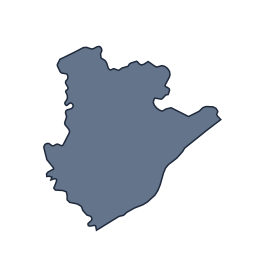 an SVG outline of Barcelona, rotated 344°
{"feature_id": "ESP-5809", "entity_name": "Barcelona", "entity_type": "Autonomous Community", "adm_level": 1, "iso_a3": "ESP", "parent_name": "Spain", "parent_adm1": "", "projection": "robinson", "projection_center": [1.935, 41.755], "detail": "fine", "context": "isolated", "style": "filled", "palette": "slate", "viewbox_px": 256, "rotation_deg": 344, "n_neighbors": 0, "source": "natural_earth", "source_scale": "10m", "svg_char_len": 2371}
<svg xmlns="http://www.w3.org/2000/svg" viewBox="0 0 256 256"><g transform="rotate(344 128 128)"><path d="M219.5,145.5L203.1,151.9L176.8,163.0L174.1,165.6L166.6,170.4L157.0,174.2L153.1,176.8L149.6,181.2L143.3,191.4L139.6,196.2L135.4,199.9L126.2,204.5L120.9,205.9L112.1,206.7L103.3,208.8L100.7,210.3L99.4,210.7L94.9,210.5L69.5,217.6L69.9,213.5L69.5,212.7L68.6,212.3L64.3,211.8L62.9,210.9L63.0,209.2L63.6,208.6L67.0,207.0L67.9,206.1L68.3,204.9L68.1,203.4L67.4,202.3L64.5,200.3L61.9,195.0L61.6,191.2L61.1,189.9L58.1,186.9L51.4,183.4L49.7,180.3L50.9,175.9L51.1,172.4L48.0,170.1L41.0,167.6L40.1,165.3L44.0,160.3L45.2,158.0L44.5,156.9L42.8,156.5L39.5,156.7L41.3,154.2L39.0,152.7L36.5,152.2L37.1,149.6L39.1,148.2L45.2,146.9L45.4,145.8L41.3,136.1L41.7,123.7L42.1,122.6L43.2,121.3L44.7,120.6L46.3,120.6L47.7,121.1L50.1,124.1L51.2,124.6L54.8,123.9L56.0,124.1L59.1,126.7L60.4,126.7L61.3,126.0L70.4,116.3L70.9,114.8L70.8,113.1L68.4,107.5L68.5,105.6L72.1,100.3L72.1,96.3L72.5,95.2L73.4,94.1L74.6,93.8L78.7,93.8L80.1,93.2L81.1,92.2L81.5,91.0L81.3,89.7L80.4,88.5L79.5,88.1L78.7,88.1L75.5,89.4L74.8,89.2L74.3,88.5L74.0,87.2L74.4,86.1L77.2,83.7L78.0,82.4L78.5,80.8L78.6,79.2L78.1,76.4L78.2,75.6L78.7,74.9L80.4,74.4L81.1,73.8L81.5,72.4L80.4,68.2L80.4,67.6L80.5,66.9L81.1,65.8L81.6,65.4L83.1,64.6L83.8,63.6L84.3,62.3L84.4,60.8L84.1,59.5L83.6,58.9L79.6,57.0L78.9,56.3L78.3,55.2L77.3,49.4L77.3,48.3L77.7,47.3L81.5,43.2L98.0,40.3L107.2,38.4L110.3,39.0L114.9,42.1L116.7,42.2L120.4,41.4L122.2,41.5L123.0,41.8L123.6,42.3L124.0,43.0L124.3,44.0L124.4,45.6L123.9,46.9L122.1,49.0L121.4,52.9L121.6,53.5L124.3,56.5L124.9,57.7L125.4,59.5L125.5,64.7L126.0,66.2L126.8,67.2L127.9,67.4L130.1,67.0L131.0,67.2L134.4,69.8L135.1,70.0L138.9,68.7L144.8,68.7L145.4,68.4L146.8,67.0L148.3,66.4L154.6,66.2L155.4,67.0L156.4,69.4L158.2,71.1L160.7,71.1L165.7,69.7L170.9,76.1L172.7,77.4L177.8,77.4L180.3,78.9L182.4,81.6L183.5,84.9L183.1,88.2L181.8,90.5L175.4,97.1L175.3,98.0L175.9,98.9L177.0,99.8L178.4,101.6L178.3,103.3L175.8,106.9L173.4,106.7L169.4,109.1L168.0,109.5L162.1,106.7L161.4,107.1L160.5,108.2L159.3,110.6L159.6,113.5L161.1,116.8L163.3,119.6L165.4,121.1L166.5,121.1L169.6,120.2L175.0,120.4L189.4,133.7L201.1,131.5L205.1,129.3L207.1,128.9L209.4,129.0L215.5,131.1L218.0,133.4L218.9,136.7L218.5,137.5L217.3,138.8L217.0,139.5L217.2,141.0L219.5,145.5Z" fill="#64748b" stroke="#1e293b" stroke-width="1.5"/></g></svg>